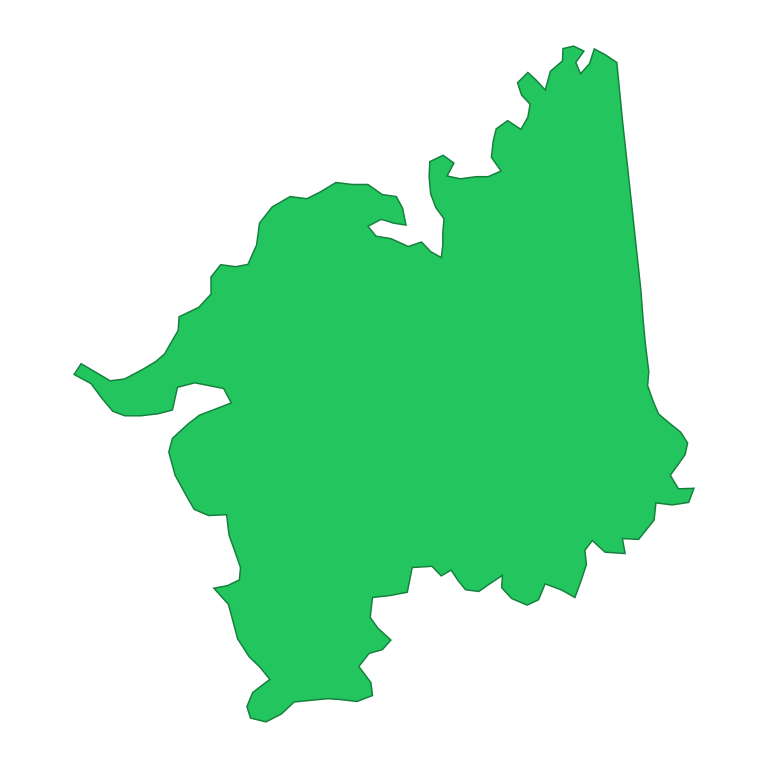 Bandeirante, Santa Catarina, Brazil (orthographic projection)
{"feature_id": "56859067B94974109827372", "entity_name": "Bandeirante", "entity_type": "district", "adm_level": 2, "iso_a3": "BRA", "parent_name": "Brazil", "parent_adm1": "Santa Catarina", "projection": "orthographic", "projection_center": [-53.655, -26.766], "detail": "fine", "context": "isolated", "style": "filled", "palette": "green", "viewbox_px": 768, "rotation_deg": 0, "n_neighbors": 0, "source": "geoboundaries", "source_scale": "gbopen_adm2", "svg_char_len": 2235}
<svg xmlns="http://www.w3.org/2000/svg" viewBox="0 0 768 768"><path d="M616.8,62.5L605.1,54.7L594.3,48.9L589.5,63.7L580.5,73.8L575.8,62.4L583.9,51.1L573.6,46.1L563.0,48.6L562.5,60.9L550.4,71.3L545.2,90.1L537.1,81.1L527.9,72.5L517.5,82.8L521.6,95.2L530.1,104.2L527.9,117.1L520.9,129.4L507.6,120.6L496.2,128.9L493.2,141.2L491.4,157.4L501.1,171.0L488.1,176.7L475.9,176.7L460.4,178.8L447.1,176.0L453.9,163.1L443.1,155.3L429.8,161.6L429.1,177.2L430.7,194.1L435.9,207.7L444.0,218.8L442.8,232.9L442.8,245.0L441.3,257.6L430.9,251.8L421.5,242.0L408.2,246.5L391.1,238.7L376.0,236.2L368.0,226.3L381.2,219.3L393.4,223.1L406.0,225.1L402.6,208.2L396.3,196.6L382.3,194.6L367.9,184.5L352.4,184.5L336.0,182.5L320.0,192.1L306.8,198.7L290.1,196.6L272.1,207.0L259.5,223.1L256.6,245.0L247.9,264.4L235.7,266.7L220.7,264.7L211.0,277.0L211.0,294.1L198.9,307.2L179.1,316.8L178.2,330.4L170.5,343.5L164.7,353.8L155.7,361.6L141.8,369.9L124.5,379.0L110.1,380.8L96.1,372.5L81.1,363.7L74.1,374.5L91.0,383.6L102.0,398.4L112.8,411.3L124.9,415.8L140.7,415.8L157.8,413.8L172.4,410.0L177.5,387.3L194.8,382.8L207.4,385.3L223.6,388.5L231.3,402.9L215.1,409.2L199.4,415.2L187.9,424.1L172.4,438.4L168.8,452.0L175.1,475.2L186.1,495.3L194.2,509.4L208.6,515.5L226.6,514.7L229.1,535.3L235.1,552.0L240.5,567.6L239.4,579.9L227.3,585.7L213.8,588.2L228.4,604.3L232.5,619.4L237.6,638.8L249.1,656.7L260.1,667.3L269.8,679.4L252.7,692.5L246.9,706.6L250.5,718.1L266.0,721.9L281.5,713.9L294.1,702.0L313.8,700.0L328.2,698.7L340.1,699.5L357.0,701.5L372.5,695.5L370.9,682.6L358.8,666.5L369.1,653.4L382.4,649.6L390.9,640.1L377.9,628.2L370.2,617.4L372.5,597.5L390.4,595.5L407.3,592.2L412.2,567.5L432.0,566.3L441.2,575.9L451.1,570.1L458.5,581.1L465.5,589.7L478.8,591.5L489.6,583.9L502.4,575.4L501.7,587.7L511.6,598.5L527.1,605.1L538.5,599.8L545.1,583.9L561.0,589.7L574.9,597.5L581.2,580.4L586.4,564.6L584.9,550.2L592.3,540.6L605.1,552.2L625.1,553.5L622.4,538.6L638.6,539.4L654.1,520.0L655.9,502.9L672.1,504.9L688.7,502.4L693.9,488.3L678.4,488.8L670.3,475.2L678.2,464.4L685.1,454.6L687.6,443.0L680.7,432.2L669.0,422.8L658.6,414.0L653.5,402.2L647.6,385.6L648.8,371.7L645.4,344.3L643.2,320.8L640.9,290.4L628.9,179.3L622.6,121.6L616.8,62.5Z" fill="#22c55e" stroke="#15803d" stroke-width="1.5"/></svg>